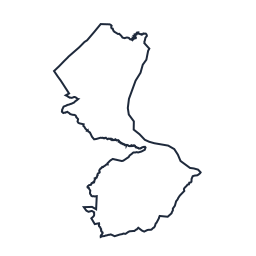 Atiwa East, Eastern, Ghana (Natural Earth projection), rotated 264°
{"feature_id": "2480657B7526405183619", "entity_name": "Atiwa East", "entity_type": "district", "adm_level": 2, "iso_a3": "GHA", "parent_name": "Ghana", "parent_adm1": "Eastern", "projection": "natural_earth1", "projection_center": [-0.69, 6.396], "detail": "fine", "context": "isolated", "style": "outline", "palette": "slate", "viewbox_px": 256, "rotation_deg": 264, "n_neighbors": 0, "source": "geoboundaries", "source_scale": "gbopen_adm2", "svg_char_len": 5693}
<svg xmlns="http://www.w3.org/2000/svg" viewBox="0 0 256 256"><g transform="rotate(264 128 128)"><path d="M167.0,69.5L166.4,70.4L166.2,71.1L165.7,71.3L165.3,72.0L165.0,72.1L164.8,72.6L164.3,73.1L164.3,73.9L163.9,74.7L164.0,76.0L164.5,77.6L164.4,78.3L163.5,79.7L162.2,80.9L162.0,81.5L160.8,79.7L160.7,79.3L160.1,78.5L159.9,78.0L159.1,77.2L158.8,76.6L158.4,75.2L158.0,74.4L158.0,73.7L157.4,71.6L157.3,70.2L157.2,69.8L156.9,69.5L156.0,66.2L152.8,64.3L152.0,64.3L151.5,64.0L151.0,64.0L150.3,64.8L149.7,65.1L149.6,65.3L149.9,66.3L149.8,67.5L150.2,68.0L150.2,68.7L150.4,69.4L150.0,69.7L149.7,70.2L148.8,71.3L147.9,71.9L147.0,74.1L146.8,74.9L146.7,75.9L146.0,77.1L144.9,77.7L144.0,77.7L143.3,78.4L142.0,79.3L139.7,78.5L138.3,79.2L137.7,80.2L136.3,84.3L134.7,83.8L133.6,84.8L131.9,85.5L130.3,86.8L129.8,86.8L129.9,87.1L129.7,87.0L129.7,87.8L128.7,88.1L128.3,88.8L127.6,89.3L127.5,89.7L123.0,91.3L120.3,93.1L120.4,95.3L121.2,99.7L120.9,100.8L121.0,101.6L120.8,102.0L120.5,102.3L120.6,102.8L120.3,103.0L120.2,103.3L120.3,103.6L120.6,104.2L120.6,105.0L120.0,105.3L119.5,106.0L119.0,106.4L119.0,106.6L119.3,106.9L119.5,107.8L119.4,108.1L119.1,108.3L119.2,109.6L118.7,109.6L118.3,109.9L118.4,110.1L118.1,110.2L118.2,110.6L118.0,111.1L118.3,111.3L117.7,111.9L117.7,112.3L117.5,112.1L117.4,113.1L117.8,113.5L117.7,113.7L117.4,113.9L117.3,114.1L117.4,114.4L117.8,114.6L116.8,115.6L117.0,115.9L117.0,116.3L116.8,116.6L116.9,117.1L116.7,117.3L116.0,117.4L115.9,117.8L115.4,117.8L115.2,118.0L115.1,117.9L114.9,118.6L114.1,118.7L113.9,119.2L113.6,119.4L113.9,120.0L113.7,120.2L113.0,120.4L112.9,120.6L112.7,120.8L112.6,121.0L112.9,121.3L112.6,122.0L112.1,122.0L112.0,122.7L111.4,123.0L111.6,123.6L111.2,124.5L110.7,124.5L111.2,124.8L111.1,125.1L111.3,125.2L111.3,125.3L110.7,126.4L110.1,126.7L109.9,127.7L109.7,128.0L109.9,128.3L109.8,128.5L109.8,128.9L110.3,129.2L110.5,129.5L110.1,129.9L110.1,130.2L109.8,130.2L110.0,131.1L109.6,131.0L109.6,131.7L109.9,132.2L109.9,132.3L109.6,132.4L109.5,132.6L109.8,132.8L109.6,133.1L108.1,133.6L108.2,134.3L107.9,134.7L107.6,134.6L107.1,135.6L107.1,136.3L106.4,136.7L106.4,136.9L106.3,138.0L106.6,138.3L106.5,138.5L106.6,139.0L107.4,140.2L107.3,140.7L107.6,141.9L107.4,142.2L107.5,142.9L106.8,143.4L104.6,142.4L103.2,138.9L102.6,135.5L103.1,134.1L102.9,132.8L103.1,131.2L102.9,130.4L101.9,129.1L100.5,126.7L99.1,125.7L96.0,119.9L95.8,118.4L98.8,109.5L97.4,106.8L95.1,104.0L93.9,104.0L94.1,102.9L92.9,101.1L92.2,99.6L91.8,99.2L92.0,98.3L90.8,97.3L90.7,96.6L90.4,96.4L89.9,95.8L88.8,95.0L88.0,94.9L87.2,95.3L86.7,95.1L85.8,93.5L85.8,93.2L84.8,92.7L84.1,92.8L84.0,92.5L83.7,92.3L83.4,92.3L83.1,92.2L82.7,92.0L82.4,91.7L82.0,91.2L81.7,90.4L81.5,90.8L81.3,90.4L80.8,90.2L80.2,89.6L79.7,89.4L79.4,89.1L78.7,89.1L78.2,88.7L77.6,88.6L77.7,88.2L77.4,87.9L77.7,87.6L77.1,86.8L77.0,86.1L76.8,85.9L76.3,85.9L75.8,85.3L75.4,85.2L75.2,83.2L74.7,82.7L74.4,82.0L74.1,81.8L73.6,81.5L72.9,81.7L72.5,82.8L71.8,83.0L71.2,83.1L69.9,83.9L69.5,83.9L67.9,83.5L66.8,83.4L66.2,83.6L65.5,84.1L64.5,84.4L64.0,85.0L63.7,85.9L63.8,86.7L63.4,87.8L63.5,89.8L50.5,87.8L53.3,84.0L53.9,75.8L50.7,77.6L50.1,78.0L49.3,79.2L48.8,80.0L49.3,83.2L49.1,83.7L47.7,85.5L46.8,85.3L46.1,85.4L44.5,85.1L44.0,84.7L43.2,83.8L42.0,82.1L35.9,84.9L36.3,89.2L35.3,89.3L34.5,88.9L33.6,88.9L33.1,89.1L32.2,90.0L31.4,90.1L30.9,90.4L30.5,90.4L30.2,90.7L28.8,90.5L28.7,90.7L28.3,90.6L27.4,91.1L27.0,91.7L26.8,91.8L26.0,91.7L25.8,91.4L25.4,91.3L24.8,90.7L24.2,90.0L23.9,89.9L23.4,89.5L22.5,89.5L23.0,90.9L23.0,93.3L23.4,94.4L23.4,95.5L23.8,97.5L23.8,98.2L23.7,98.7L24.0,99.5L23.8,100.1L21.8,103.4L22.9,108.7L23.1,111.3L23.5,112.3L23.0,114.5L24.7,117.6L25.1,118.9L25.0,123.1L24.9,123.5L26.1,125.5L26.2,126.1L27.7,127.8L24.4,131.3L23.3,133.3L24.5,136.6L24.6,137.7L24.4,140.3L24.7,141.0L25.8,142.3L26.4,143.6L27.6,144.5L30.2,145.6L30.7,146.4L35.0,149.3L35.7,149.5L37.2,150.3L35.6,158.2L38.6,162.4L39.3,162.6L41.4,164.0L43.2,164.2L45.8,166.5L50.1,168.2L51.7,169.8L53.1,170.6L55.4,172.5L59.5,177.4L61.4,177.2L62.1,177.6L62.9,178.4L64.2,180.1L65.5,181.3L65.6,182.7L67.2,183.2L67.3,184.7L68.0,185.5L70.7,185.9L73.3,187.3L73.7,189.2L73.7,191.9L74.3,193.2L75.5,195.0L76.3,195.6L79.3,193.3L80.9,189.2L81.8,185.5L89.7,176.8L96.3,174.8L102.2,171.8L106.3,166.1L110.1,152.6L112.1,147.6L114.5,143.5L120.6,138.8L125.8,133.5L134.0,134.5L141.3,130.2L147.9,129.9L156.9,132.0L174.3,140.5L181.6,146.2L189.4,149.3L194.0,153.4L202.7,156.1L204.7,157.5L210.7,153.1L211.5,153.4L212.1,153.3L213.3,153.9L216.0,154.8L217.6,156.4L219.0,156.2L219.6,155.8L220.0,155.5L220.2,154.1L220.0,153.7L220.4,153.1L219.5,152.1L219.4,151.3L220.0,151.0L219.9,150.1L220.4,149.5L220.5,148.8L221.6,148.1L222.0,148.2L222.0,147.9L221.6,148.0L221.4,147.5L221.4,147.3L221.7,147.2L221.8,147.0L221.6,146.9L221.0,147.0L221.0,146.6L221.3,146.3L221.2,146.2L220.4,146.5L220.2,146.4L220.1,145.7L220.4,144.4L219.6,144.3L219.0,144.0L218.8,143.8L219.1,143.5L219.1,143.3L218.6,143.5L218.5,143.9L218.3,143.6L218.1,143.7L217.5,144.6L217.5,145.1L216.9,145.3L216.5,145.1L216.5,144.3L216.3,143.9L216.8,143.2L216.7,142.6L217.3,142.5L217.4,142.1L217.2,142.1L216.6,142.3L216.4,142.2L216.2,141.7L215.9,141.9L215.6,141.8L215.4,142.1L215.1,141.8L215.6,141.6L215.4,141.2L215.9,140.8L215.7,140.5L216.0,140.2L215.9,139.5L216.8,138.7L217.5,138.3L217.9,137.2L218.1,136.2L218.0,135.4L217.7,134.1L218.4,132.2L218.6,131.9L220.3,131.0L222.6,129.1L222.5,128.6L222.6,127.8L224.7,125.1L224.9,124.6L225.4,124.4L226.3,123.6L228.4,123.2L228.8,122.1L230.2,121.8L231.4,122.4L232.2,121.8L233.0,120.6L234.2,111.7L227.1,104.5L219.5,96.5L218.1,93.7L214.8,89.7L213.2,87.7L205.0,76.0L204.7,75.8L201.2,71.4L196.6,65.9L192.4,60.4L186.6,63.5L182.3,66.0L168.5,73.0L167.0,69.5Z" fill="none" stroke="#1e293b" stroke-width="2"/></g></svg>